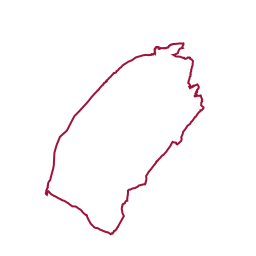 outline of Lørenskog nor, Akershus, Norway, rotated 34°
{"feature_id": "86288312B90903207900290", "entity_name": "Lørenskog nor", "entity_type": "district", "adm_level": 2, "iso_a3": "NOR", "parent_name": "Norway", "parent_adm1": "Akershus", "projection": "orthographic", "projection_center": [10.997, 59.897], "detail": "fine", "context": "isolated", "style": "outline", "palette": "rose", "viewbox_px": 256, "rotation_deg": 34, "n_neighbors": 0, "source": "geoboundaries", "source_scale": "gbopen_adm2", "svg_char_len": 5711}
<svg xmlns="http://www.w3.org/2000/svg" viewBox="0 0 256 256"><g transform="rotate(34 128 128)"><path d="M164.3,56.6L164.2,56.1L164.3,55.7L164.0,55.1L163.9,54.6L163.1,53.9L161.1,53.1L159.8,55.2L159.4,55.6L158.9,56.0L158.5,56.4L159.1,56.7L158.3,58.4L157.8,58.4L157.6,59.4L157.1,60.3L155.6,59.5L155.9,58.9L156.0,58.1L153.4,56.9L152.7,56.9L152.6,56.6L152.4,55.9L152.0,55.3L152.0,55.1L151.8,54.5L151.8,54.2L151.7,53.4L151.3,52.9L151.2,52.5L151.1,52.1L150.7,51.2L150.5,50.8L150.6,50.6L150.6,50.4L150.8,50.1L149.7,48.3L149.8,48.2L149.4,47.7L149.3,47.8L149.0,47.2L148.9,47.0L148.9,46.7L148.7,46.1L148.7,45.8L148.3,45.0L147.8,44.5L147.8,43.9L147.0,41.9L146.7,41.0L146.7,40.5L146.4,39.7L145.4,38.2L144.8,36.8L144.4,36.4L144.3,36.1L142.3,35.6L140.5,35.9L140.2,35.6L140.1,35.0L139.9,35.0L138.6,35.9L138.2,36.0L137.5,37.9L137.2,38.4L136.5,38.8L135.4,38.4L135.1,38.4L135.0,38.7L135.0,38.9L134.5,39.1L131.2,39.8L127.7,41.9L124.8,42.0L125.6,41.3L126.0,40.7L126.2,40.1L127.0,38.9L127.4,37.9L126.6,35.2L126.6,33.8L126.8,32.9L128.7,31.0L127.7,30.7L127.3,27.7L126.6,26.9L125.9,27.6L123.9,28.7L121.9,30.5L120.9,31.2L120.6,31.5L119.6,32.3L119.3,32.6L118.7,32.9L118.4,33.5L118.1,33.6L117.7,34.3L117.3,34.4L117.1,35.2L116.9,35.5L116.6,35.5L116.5,36.5L116.4,36.8L116.1,37.0L116.2,37.5L116.3,37.9L116.3,38.3L116.1,38.6L116.1,38.9L115.8,38.9L115.3,40.0L115.1,40.1L114.7,40.8L114.0,41.3L113.8,41.1L112.6,42.1L112.4,42.3L111.9,42.5L111.2,43.1L110.4,43.4L110.3,44.2L110.1,44.5L109.6,45.1L109.1,45.2L108.5,44.9L108.3,44.5L108.4,44.0L108.2,43.8L106.5,44.7L106.2,45.0L106.0,45.3L106.1,45.5L106.5,46.6L106.4,46.9L105.9,47.0L105.9,47.7L106.2,48.1L106.8,48.4L106.7,48.9L107.1,49.4L108.3,50.2L109.0,51.5L108.3,51.5L107.5,52.1L107.4,52.6L107.6,53.1L106.5,53.5L106.7,53.8L106.7,54.1L106.1,54.7L105.2,55.2L104.7,55.9L104.3,56.0L104.0,56.3L103.3,56.6L101.8,57.5L99.6,59.6L94.9,65.3L93.4,69.6L91.3,72.7L88.5,79.2L88.4,81.2L87.7,83.0L87.4,84.8L87.4,85.4L87.2,86.2L87.0,87.0L86.7,87.3L87.0,88.8L86.3,89.6L86.1,90.1L85.6,90.3L85.4,90.5L85.5,91.5L85.1,93.4L85.0,94.9L84.6,96.3L84.6,96.5L84.4,97.0L84.4,97.6L84.3,98.1L84.0,99.7L83.8,100.1L83.8,100.5L83.7,100.8L83.8,101.0L84.3,101.2L84.3,101.4L83.7,101.9L83.9,102.3L83.9,102.5L83.0,103.9L83.3,104.4L83.1,104.7L83.0,105.5L83.2,106.1L82.9,106.9L82.7,107.4L82.5,108.8L82.5,109.2L82.3,110.0L82.3,110.5L82.2,111.5L82.3,112.3L82.2,112.8L82.0,113.0L82.1,113.7L81.8,114.2L80.5,122.6L80.1,128.5L78.0,142.6L76.9,148.3L78.8,164.4L76.5,173.3L78.3,181.9L80.8,189.6L87.2,200.2L88.5,203.0L91.8,212.7L92.6,214.5L92.6,214.9L92.4,216.1L92.5,217.8L92.9,218.9L93.3,219.6L93.4,219.9L93.6,220.1L93.6,220.5L94.0,220.9L94.0,221.2L94.3,221.7L94.8,222.1L94.8,222.4L94.7,222.6L94.8,223.5L95.2,225.0L95.2,225.5L95.7,226.1L95.9,226.8L96.2,227.4L96.2,227.8L96.5,228.3L97.3,228.7L98.1,228.7L97.1,225.8L97.6,225.3L97.5,225.0L98.1,225.0L100.4,225.7L102.2,225.8L104.4,225.7L105.7,225.4L107.9,225.2L109.3,225.2L111.4,224.8L113.4,224.7L114.3,224.6L115.4,224.1L117.4,223.9L119.3,223.9L120.8,223.7L122.2,224.0L123.8,224.0L125.3,224.1L125.8,224.0L128.6,222.3L130.2,222.3L131.4,222.4L134.3,222.3L135.6,222.5L137.5,223.2L140.3,223.6L141.3,223.7L141.9,223.6L142.2,223.3L142.9,223.5L143.5,224.2L143.9,224.5L146.5,226.1L150.5,228.1L152.0,228.5L153.4,228.7L154.4,229.0L155.2,229.1L156.4,229.1L157.2,228.9L158.3,228.2L158.8,228.1L160.0,227.9L161.4,227.9L164.0,227.3L165.4,227.2L166.3,226.8L167.0,226.8L167.5,226.6L168.3,226.4L169.8,225.7L171.7,225.7L172.0,225.6L173.1,225.7L173.4,224.4L173.7,224.2L174.1,224.3L174.3,224.2L174.3,223.2L174.1,222.7L174.5,220.9L174.2,220.8L174.9,219.8L174.8,218.8L175.1,218.4L175.1,218.2L174.9,217.6L174.9,217.3L174.8,217.0L174.7,216.2L174.9,216.0L174.9,215.6L175.0,215.2L174.8,215.0L173.8,203.3L170.9,201.6L169.5,200.0L168.1,198.7L166.9,196.2L167.0,195.5L166.5,194.9L166.2,194.3L166.4,194.0L166.4,193.7L166.6,193.3L167.1,192.9L167.4,192.4L167.4,191.9L167.1,191.2L167.1,190.0L167.5,189.2L168.1,188.7L167.7,188.2L167.2,187.7L167.1,187.1L166.5,186.5L166.1,185.3L165.7,184.7L165.4,183.8L165.1,183.1L164.7,182.8L164.2,181.6L163.8,181.1L163.7,180.8L163.0,180.0L163.1,179.5L163.2,178.9L163.4,178.5L164.4,177.7L164.7,177.2L165.1,176.3L165.6,175.5L166.9,174.4L167.5,173.6L167.6,173.2L168.2,172.5L168.9,171.0L169.1,170.4L169.0,169.9L169.3,169.4L170.6,168.2L170.6,167.9L171.6,167.0L172.0,166.3L173.0,165.7L173.2,165.4L173.2,164.7L173.4,164.8L173.4,164.7L173.6,164.7L173.6,164.3L173.2,163.5L172.9,163.0L172.7,161.8L172.3,161.3L172.2,160.8L171.5,159.6L170.0,157.9L169.8,157.2L169.9,155.9L169.8,154.8L169.6,153.7L170.1,149.1L170.2,146.4L170.4,144.0L170.6,143.4L170.5,142.4L170.7,140.7L170.3,140.3L170.3,140.1L170.3,139.6L170.9,138.8L170.7,138.3L170.9,137.8L171.2,135.4L171.5,134.6L171.5,133.4L171.7,132.0L172.0,131.2L172.4,130.7L172.4,130.0L172.5,129.7L172.7,128.9L172.7,128.0L173.0,126.2L173.0,123.1L173.2,119.3L172.7,115.7L172.8,114.5L174.0,114.4L175.0,113.7L176.1,113.3L177.0,114.1L178.0,114.1L178.8,111.3L178.9,110.5L179.3,109.1L178.9,107.6L178.3,106.7L177.7,106.4L177.2,105.5L177.0,103.8L176.6,102.2L175.9,100.4L176.2,96.0L176.0,93.1L177.2,89.7L176.9,87.7L177.4,86.2L177.4,82.1L177.5,82.0L177.4,81.6L177.5,81.4L177.9,80.5L177.8,78.5L177.9,75.5L178.2,74.8L178.3,74.4L178.5,73.8L178.2,72.9L178.6,72.9L179.1,72.2L179.5,69.5L179.2,68.7L176.0,68.3L175.3,67.1L174.6,66.1L174.5,65.7L174.6,65.1L174.5,64.7L174.6,64.4L174.5,64.2L173.8,64.0L173.7,63.7L173.8,63.5L173.6,62.9L171.6,61.7L170.3,60.5L169.9,60.4L169.8,60.5L169.7,60.9L169.2,61.4L168.8,61.7L168.1,62.0L167.5,62.5L166.9,63.3L166.4,63.6L166.2,64.1L165.9,64.4L165.5,64.4L165.1,63.7L166.1,62.2L166.0,61.6L164.6,61.5L164.6,61.0L164.3,59.6L165.1,59.4L165.0,59.1L164.7,59.0L164.3,58.2L164.0,58.0L164.0,57.5L164.0,57.3L164.3,56.6Z" fill="none" stroke="#9f1239" stroke-width="2"/></g></svg>